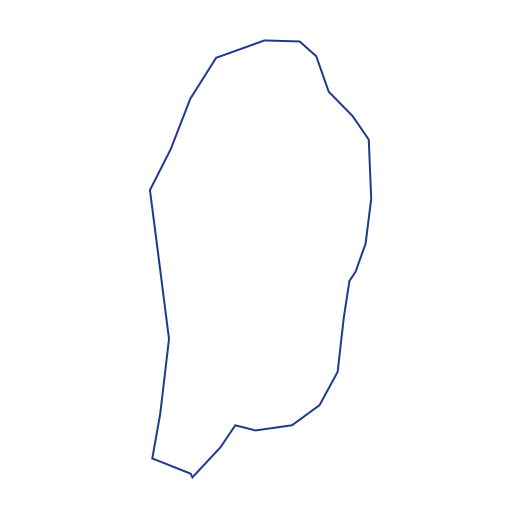 the Municipality of Mojkovac, rotated 84°
{"feature_id": "MNE-1513", "entity_name": "Mojkovac", "entity_type": "Municipality", "adm_level": 1, "iso_a3": "MNE", "parent_name": "Montenegro", "parent_adm1": "", "projection": "natural_earth1", "projection_center": [19.506, 42.966], "detail": "fine", "context": "isolated", "style": "outline", "palette": "blue", "viewbox_px": 512, "rotation_deg": 84, "n_neighbors": 0, "source": "natural_earth", "source_scale": "10m", "svg_char_len": 553}
<svg xmlns="http://www.w3.org/2000/svg" viewBox="0 0 512 512"><g transform="rotate(84 256 256)"><path d="M43.0,221.4L47.2,190.2L63.6,175.2L100.2,166.5L126.8,145.4L135.4,140.7L152.1,131.7L191.5,134.2L211.0,135.4L255.4,145.8L282.0,158.6L290.6,165.7L326.8,175.2L379.7,186.9L411.0,208.4L428.1,237.9L429.4,274.8L422.2,294.3L442.6,311.4L469.5,342.4L465.7,343.7L446.5,380.3L403.1,367.8L372.2,360.8L329.4,351.2L251.5,352.9L179.4,354.6L140.8,329.6L92.5,304.8L90.2,302.9L54.7,274.9L42.5,225.1L43.0,221.4Z" fill="none" stroke="#1e3a8a" stroke-width="2"/></g></svg>